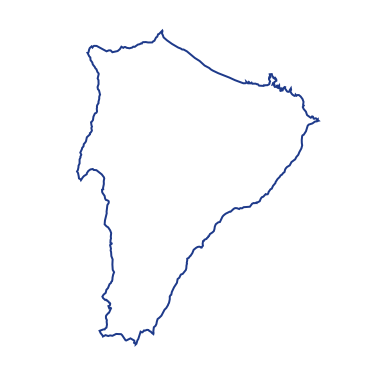 Nossa Senhora Do Rosario, Ribeira Grande, Cabo Verde, rotated 6°
{"feature_id": "66160863B91585848329276", "entity_name": "Nossa Senhora Do Rosario", "entity_type": "district", "adm_level": 2, "iso_a3": "CPV", "parent_name": "Cabo Verde", "parent_adm1": "Ribeira Grande", "projection": "equal_earth", "projection_center": [-25.054, 17.15], "detail": "fine", "context": "isolated", "style": "outline", "palette": "blue", "viewbox_px": 384, "rotation_deg": 6, "n_neighbors": 0, "source": "geoboundaries", "source_scale": "gbopen_adm2", "svg_char_len": 5895}
<svg xmlns="http://www.w3.org/2000/svg" viewBox="0 0 384 384"><g transform="rotate(6 192 192)"><path d="M73.6,64.6L75.6,67.8L76.8,68.8L77.3,71.4L79.3,73.6L80.0,75.5L82.3,77.9L83.0,79.1L84.1,79.9L85.4,82.5L86.6,83.7L86.9,84.4L86.3,88.9L87.3,90.6L87.8,94.5L87.1,97.5L87.7,99.6L88.9,100.7L90.4,104.9L90.1,105.4L89.8,107.1L90.0,109.0L89.5,112.4L89.8,113.2L88.6,115.7L88.5,116.9L88.7,117.7L88.6,119.2L89.1,121.7L88.9,122.6L88.6,123.2L87.2,124.1L86.1,127.4L86.0,130.7L85.0,132.6L84.3,133.2L85.1,136.3L85.7,137.5L85.3,138.4L85.3,139.2L86.0,141.2L85.9,141.8L85.1,143.4L84.3,144.2L84.5,145.3L81.7,148.6L81.3,152.4L80.8,153.7L79.4,155.7L79.3,158.0L78.2,159.5L78.0,161.0L76.8,164.5L78.0,166.5L77.3,168.6L77.5,169.3L76.8,171.3L77.2,175.4L76.4,177.8L76.5,179.3L76.2,182.1L75.5,183.6L76.7,185.1L77.7,188.3L78.2,190.3L79.9,191.1L80.3,191.8L81.8,188.9L82.9,187.4L85.4,185.4L85.5,184.2L86.7,181.9L88.6,180.2L90.9,179.5L91.8,180.3L94.7,180.3L100.4,183.9L102.8,186.5L103.3,187.6L103.1,190.4L103.5,193.3L103.1,197.4L103.4,198.6L102.3,199.1L102.6,201.3L103.3,202.5L105.5,205.0L106.2,207.4L106.8,208.4L107.3,208.9L109.0,209.2L110.1,209.9L110.3,210.7L110.2,211.9L109.2,213.8L109.1,220.7L109.4,222.0L108.4,229.5L108.5,233.3L110.6,235.1L112.3,235.9L114.6,238.7L115.9,241.3L115.9,244.8L116.3,246.8L116.0,248.1L116.2,251.1L116.6,251.5L117.1,251.3L117.5,251.5L117.4,252.1L116.3,252.9L116.1,253.4L117.3,256.7L117.2,258.7L117.8,260.1L118.5,264.2L120.1,267.3L120.4,272.4L121.3,277.7L122.9,279.9L122.2,282.6L121.9,285.5L122.0,287.1L121.8,289.0L121.2,289.6L120.9,290.9L119.6,292.3L118.5,296.3L117.1,298.2L116.7,301.3L114.8,303.3L113.8,305.4L114.7,306.8L117.0,308.5L117.6,308.1L118.4,308.3L119.0,309.1L120.3,309.6L120.9,310.6L121.6,310.7L122.3,311.5L122.3,312.9L121.8,313.7L120.8,314.2L121.8,316.3L123.2,315.7L123.6,316.1L122.1,320.7L121.5,321.1L119.7,323.6L119.4,324.5L119.6,326.4L120.7,328.3L120.7,330.0L121.3,332.7L121.1,335.8L120.0,336.8L119.5,337.8L118.3,337.9L114.6,339.7L115.9,341.9L118.1,344.1L118.5,345.0L121.0,343.4L123.7,344.0L125.5,343.2L127.9,343.3L131.4,341.1L136.3,340.8L137.4,341.6L141.4,346.4L142.2,346.5L146.1,344.0L150.1,345.8L150.4,346.6L150.1,348.0L150.6,348.4L151.6,348.2L152.0,348.7L152.0,349.4L152.6,348.7L153.2,345.2L153.9,344.0L155.5,336.3L156.7,336.8L157.4,336.7L158.8,334.7L159.4,334.9L161.7,333.8L163.1,333.8L164.3,334.8L165.5,335.1L166.8,336.3L168.4,337.3L168.5,336.4L168.1,334.5L168.2,330.5L169.7,328.9L170.4,327.0L170.6,324.4L171.1,321.9L172.7,320.4L174.5,318.2L177.0,311.9L178.5,310.1L180.0,306.9L180.0,306.4L180.7,304.7L180.9,303.0L181.1,300.9L180.8,298.3L181.4,296.9L182.1,296.4L182.4,293.5L184.1,288.6L186.5,283.9L186.8,280.1L188.4,278.5L189.2,276.0L189.8,275.1L191.3,274.4L194.0,270.2L194.3,268.5L194.2,265.4L194.5,263.8L194.2,263.2L194.4,260.2L194.2,258.8L195.8,257.7L196.5,256.2L197.1,255.8L198.7,252.8L199.7,249.3L201.9,247.1L203.3,246.1L204.9,245.6L206.4,245.9L206.9,246.4L207.5,246.2L207.7,245.4L208.5,244.3L208.0,242.4L208.1,239.7L208.9,239.4L209.3,238.2L211.3,237.1L211.8,236.1L212.7,235.3L212.8,234.5L213.4,234.2L214.2,232.0L216.5,230.1L217.8,228.6L218.2,226.5L218.3,224.1L219.0,221.6L221.3,219.4L222.9,218.9L224.9,213.3L225.8,212.0L227.7,210.1L231.6,207.6L232.4,207.6L235.3,204.3L236.6,203.5L238.4,203.4L240.7,204.0L241.7,203.0L243.4,203.0L245.0,201.7L251.1,200.6L253.0,197.4L254.3,196.6L255.9,196.5L256.7,196.0L257.5,196.2L257.7,195.5L258.4,195.4L260.3,194.1L261.1,191.4L262.0,189.9L263.4,189.2L265.5,186.4L266.2,186.6L267.5,186.3L268.0,185.2L268.2,183.9L269.8,181.1L271.0,180.3L271.9,177.5L274.0,174.4L274.1,173.4L275.7,170.2L277.6,167.9L278.4,166.2L279.5,165.5L280.7,163.6L281.9,162.5L282.3,159.8L283.0,158.4L283.9,157.2L286.4,155.3L287.8,151.8L291.2,148.7L292.1,146.3L293.8,143.9L294.6,141.1L296.2,137.3L296.7,134.1L296.1,131.8L295.7,128.8L295.7,124.9L296.1,124.0L297.1,123.4L299.0,119.7L300.1,114.1L301.0,112.8L304.6,111.2L306.8,109.2L310.4,107.9L310.1,107.7L309.6,108.1L309.5,106.9L309.1,107.4L308.6,106.4L307.9,105.9L307.1,105.8L306.2,106.3L305.3,106.3L304.5,104.6L304.1,104.3L303.5,104.3L302.8,105.4L302.3,105.7L298.8,103.7L298.3,103.3L296.9,100.2L294.4,97.8L293.3,95.9L294.1,94.3L293.4,93.9L293.5,90.7L292.2,88.0L290.1,85.7L288.1,84.4L286.6,84.6L285.9,85.3L284.9,84.4L284.8,85.4L283.8,85.7L281.8,84.7L280.6,83.6L279.5,81.9L279.4,81.0L279.9,80.1L279.5,78.6L278.5,80.6L278.4,81.8L277.9,82.2L276.8,82.3L276.0,82.0L273.6,79.2L273.7,78.0L273.2,77.9L271.8,79.3L272.2,80.3L271.9,79.9L271.3,80.1L271.7,80.8L271.5,81.5L269.4,82.2L269.2,82.0L269.3,81.1L269.9,80.9L269.9,80.2L269.6,79.6L268.9,80.1L268.3,79.8L267.8,78.7L267.6,77.5L266.7,79.5L265.7,79.0L266.3,77.5L266.2,77.2L265.3,77.4L264.0,78.7L263.3,78.8L262.5,77.5L262.8,76.8L262.6,76.4L262.0,76.2L260.9,76.7L261.2,75.4L262.1,75.7L262.4,74.1L264.3,72.5L264.0,71.2L262.6,69.6L262.1,69.8L262.2,70.6L261.0,70.0L260.6,69.1L259.7,68.2L259.0,66.4L257.0,66.8L257.9,69.8L257.6,70.2L256.8,70.0L256.7,71.0L256.8,71.8L258.1,73.9L257.6,75.6L257.8,76.0L257.5,76.8L255.8,77.9L254.0,78.1L252.3,78.8L252.2,78.6L251.9,79.0L247.6,79.2L246.1,77.9L245.1,78.0L244.0,77.6L240.6,78.0L239.8,77.0L238.6,77.9L237.7,77.9L237.3,76.8L237.0,76.6L236.4,77.8L236.1,77.6L236.0,76.6L235.6,77.6L234.6,76.8L234.8,77.4L234.0,78.2L231.7,78.5L223.1,76.3L217.2,74.3L205.7,71.1L199.8,69.0L197.9,68.1L196.2,66.9L191.3,64.9L185.9,60.9L180.8,58.4L172.3,52.7L168.8,51.2L167.3,51.3L165.8,50.5L163.2,49.8L156.6,46.8L151.3,43.8L147.6,41.2L146.5,38.9L145.7,37.7L145.6,36.9L145.8,35.0L145.6,34.6L142.8,38.2L141.8,38.7L141.2,41.2L140.1,42.1L138.8,45.5L137.7,46.2L136.8,47.4L132.8,47.9L130.5,47.7L127.7,48.1L127.0,48.6L126.6,49.6L125.4,49.7L124.7,50.4L122.7,51.1L119.9,53.6L118.4,53.6L117.4,54.6L114.8,55.6L111.8,55.4L110.7,54.8L109.6,54.9L108.6,55.8L106.6,54.9L105.3,57.5L103.3,59.6L98.2,61.3L96.3,59.7L94.6,59.8L92.3,61.0L81.9,56.7L79.3,56.9L78.7,57.3L77.9,58.7L76.9,57.7L75.3,59.5L74.8,61.1L74.5,63.6L74.2,64.5L73.6,64.6Z" fill="none" stroke="#1e3a8a" stroke-width="2"/></g></svg>